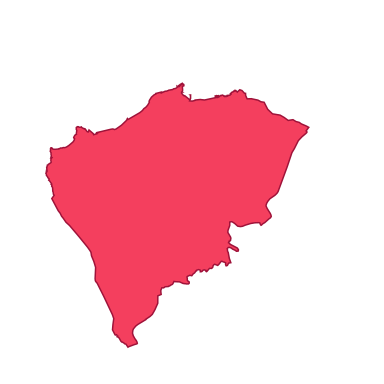 outline of Kota Parepare, Sulawesi Selatan, Indonesia, rotated 63°
{"feature_id": "22746128B37987509465042", "entity_name": "Kota Parepare", "entity_type": "district", "adm_level": 2, "iso_a3": "IDN", "parent_name": "Indonesia", "parent_adm1": "Sulawesi Selatan", "projection": "orthographic", "projection_center": [119.648, -4.02], "detail": "fine", "context": "isolated", "style": "filled", "palette": "rose", "viewbox_px": 384, "rotation_deg": 63, "n_neighbors": 0, "source": "geoboundaries", "source_scale": "gbopen_adm2", "svg_char_len": 5867}
<svg xmlns="http://www.w3.org/2000/svg" viewBox="0 0 384 384"><g transform="rotate(63 192 192)"><path d="M284.6,325.3L284.9,324.0L286.3,323.9L286.7,324.3L286.8,324.0L287.0,324.3L288.2,323.5L289.3,323.2L292.6,323.1L293.8,322.7L294.0,322.3L295.5,321.3L296.7,320.9L297.6,319.9L301.2,319.5L301.1,318.7L301.8,312.6L302.3,310.0L302.0,309.4L300.5,309.1L299.0,309.1L296.7,309.5L293.5,309.6L290.8,309.1L288.4,307.5L287.3,306.2L285.9,302.9L285.4,300.3L284.7,290.9L284.4,290.8L283.8,285.8L283.0,282.9L280.0,278.4L275.6,273.0L269.0,269.6L269.3,266.0L266.6,265.0L265.8,264.5L265.3,264.4L264.6,263.4L263.7,262.5L264.2,261.2L264.4,261.1L264.5,260.1L264.2,259.0L265.5,256.0L265.3,255.4L265.6,254.6L265.3,253.3L265.4,252.1L265.3,251.2L264.3,249.6L263.5,248.7L264.5,247.3L266.4,243.9L269.4,241.5L270.4,240.1L270.7,239.5L271.4,238.7L272.3,236.8L272.0,235.9L271.0,235.4L270.5,235.4L269.1,236.2L268.3,236.2L266.6,235.3L266.0,235.3L265.1,234.7L265.2,231.8L266.5,230.2L265.4,227.9L265.3,226.5L264.2,224.4L264.3,223.9L263.9,223.8L263.8,223.4L264.1,221.4L265.1,220.3L265.5,220.2L266.6,220.7L266.6,220.2L267.2,220.2L267.3,219.0L266.7,217.7L267.0,216.3L267.8,215.7L268.1,215.2L269.1,215.6L269.6,215.2L269.5,214.7L268.0,211.1L269.0,209.2L268.5,207.7L267.2,206.6L266.7,205.5L266.7,204.6L269.1,202.4L268.6,200.8L267.0,197.4L267.7,196.4L268.5,195.9L269.1,195.1L270.4,194.2L272.1,195.1L273.3,195.1L273.5,193.8L272.0,191.7L272.6,189.5L268.1,188.9L262.4,187.2L260.8,187.2L259.5,186.6L258.5,186.4L257.9,184.9L258.4,183.7L259.7,182.5L261.4,181.7L263.4,180.1L265.0,179.3L265.6,177.7L265.0,177.1L264.3,176.8L264.1,177.0L263.4,176.9L262.4,177.1L256.1,181.6L255.6,181.9L254.9,181.8L253.8,182.5L252.7,181.2L253.0,180.9L252.7,179.7L252.3,179.6L251.3,178.6L249.9,178.1L244.2,178.4L242.6,177.4L238.9,173.5L235.9,172.0L236.3,170.4L237.0,169.6L239.5,168.2L243.2,166.8L244.8,164.6L245.5,162.5L245.7,159.7L246.7,154.0L248.0,149.9L249.6,146.5L250.2,145.6L252.0,145.8L253.0,145.6L253.0,145.0L252.5,143.7L252.3,141.0L250.9,135.8L250.6,133.8L249.8,132.5L248.4,132.1L246.6,132.0L241.0,132.5L238.2,132.4L237.4,132.0L235.9,130.5L234.8,128.8L233.4,125.7L232.5,119.3L231.7,116.8L230.7,115.1L212.7,95.7L202.3,85.1L199.8,81.1L194.5,73.9L192.7,68.9L191.6,64.2L191.1,62.7L190.7,62.3L189.4,62.6L187.4,58.6L185.1,60.2L180.9,63.7L178.7,64.8L176.4,67.4L173.4,69.2L171.9,73.8L167.5,76.0L163.5,78.6L158.9,84.8L152.7,87.0L144.8,87.0L142.9,89.6L140.1,91.5L135.8,96.8L134.0,100.6L130.4,100.4L128.4,99.5L127.9,100.4L124.3,101.4L122.6,103.0L123.5,106.3L121.5,106.9L121.6,107.5L121.2,107.6L121.4,107.8L121.0,108.5L121.4,108.8L121.4,109.3L121.2,109.3L121.4,110.7L121.2,111.0L121.8,113.1L122.5,112.8L122.7,113.5L122.9,113.9L122.9,114.6L122.5,114.9L122.5,116.4L122.7,116.6L122.6,117.0L122.3,117.0L122.5,117.2L122.0,117.8L122.3,118.3L121.8,118.5L121.8,118.8L122.0,119.0L121.8,119.5L121.4,119.4L120.8,119.8L120.9,120.1L120.3,120.2L119.3,121.1L119.5,121.9L119.0,122.6L119.5,124.8L119.5,126.1L119.3,126.6L119.0,126.6L119.1,124.6L118.2,124.5L117.5,126.5L117.2,126.5L117.0,127.8L118.7,127.9L115.7,139.1L113.3,142.7L111.5,147.4L111.8,147.5L111.3,150.0L110.8,151.0L110.2,150.8L110.8,151.1L109.7,152.8L108.0,150.8L104.9,149.2L104.8,149.5L105.0,149.4L107.8,150.8L108.9,152.1L103.0,154.7L103.0,155.0L102.6,155.1L102.3,155.7L99.2,156.4L98.9,156.2L99.0,155.9L98.8,156.2L98.3,155.9L98.5,155.4L98.2,155.6L97.9,154.9L97.0,154.1L93.6,152.7L93.3,151.3L94.4,151.1L93.2,151.2L93.7,150.9L93.1,151.0L92.8,150.9L92.8,150.6L92.7,150.6L92.8,150.9L91.9,150.8L91.4,151.2L91.4,152.4L91.0,152.3L90.9,151.3L90.7,151.3L90.8,153.4L91.1,153.3L91.1,152.7L91.5,152.6L91.9,154.8L91.2,154.8L91.1,154.2L91.1,155.8L91.3,155.8L91.2,155.0L91.9,154.9L91.8,155.7L92.1,155.7L91.9,156.1L91.4,156.1L91.4,156.9L91.7,157.0L91.5,157.3L92.5,157.3L91.7,157.5L92.0,157.6L92.0,158.2L91.7,158.4L92.1,158.3L92.3,159.5L91.7,161.6L91.9,162.7L90.7,166.6L90.8,167.1L90.5,169.3L90.0,170.1L89.9,173.0L89.7,173.0L89.8,174.6L89.2,174.7L89.4,174.1L89.0,174.0L87.8,179.5L88.1,179.6L88.3,179.1L88.2,181.6L89.1,185.1L91.0,188.3L91.8,189.1L92.7,189.3L94.5,192.1L95.5,194.6L95.9,197.1L96.9,199.2L97.6,202.4L98.3,215.2L98.3,216.1L97.2,216.2L97.3,216.4L97.6,216.4L98.6,218.3L100.5,224.6L101.4,231.1L101.2,232.6L99.9,233.9L99.3,235.6L96.0,249.2L95.8,250.1L96.1,250.5L96.2,250.3L96.0,250.1L96.0,249.7L96.5,247.7L96.5,248.7L96.2,250.1L96.9,250.2L96.3,253.6L95.1,253.5L90.0,255.6L91.4,257.1L91.2,257.5L90.4,258.1L88.2,258.4L87.4,258.9L87.0,258.7L86.5,259.6L86.2,259.6L85.6,260.3L84.4,261.0L83.8,261.0L83.7,261.7L83.4,262.6L83.0,263.2L82.3,263.5L81.7,264.6L82.0,265.0L82.0,265.8L83.7,266.7L84.8,266.7L87.8,268.8L88.1,268.8L88.1,270.2L88.7,271.2L88.9,271.0L88.7,271.3L89.7,272.7L90.1,272.8L91.1,272.4L92.4,273.5L93.4,275.4L94.6,280.4L94.9,283.1L94.9,284.2L94.6,285.5L93.9,286.6L93.9,287.6L93.1,289.2L93.2,290.5L93.0,290.9L93.2,291.3L92.9,291.6L92.8,292.2L91.8,294.6L90.7,296.5L89.4,296.7L88.8,297.1L88.6,297.7L89.4,298.1L89.3,298.5L90.7,299.1L91.2,299.8L93.3,299.8L94.1,300.4L95.7,300.8L96.9,301.8L97.0,301.3L97.3,301.3L97.6,302.0L97.9,301.4L98.6,302.7L99.9,303.5L101.5,303.9L101.9,304.8L102.0,306.6L102.2,307.1L102.2,307.6L102.6,308.3L102.4,308.7L103.9,309.8L103.9,310.2L104.5,310.5L106.0,311.0L106.3,311.4L106.6,311.4L106.6,311.7L107.2,311.5L107.9,311.9L108.1,312.2L107.9,312.5L107.9,312.8L108.4,312.9L109.0,313.7L110.1,313.7L111.3,314.2L112.5,313.8L113.8,313.9L115.5,313.4L116.0,313.7L116.4,314.3L117.3,313.9L121.0,313.4L121.3,314.0L121.8,313.7L122.5,313.9L123.2,314.4L124.4,314.2L125.2,314.4L128.1,315.7L129.2,315.8L131.1,316.5L132.3,316.3L134.2,319.9L134.4,319.9L147.9,319.7L151.2,319.1L154.2,319.2L157.2,318.6L161.8,318.0L166.3,316.3L180.7,312.9L193.8,310.1L198.0,309.5L199.9,309.4L203.2,310.5L209.4,311.0L215.4,312.1L225.3,317.7L227.2,318.4L228.1,318.4L230.3,317.9L244.8,318.0L265.1,318.6L269.3,319.2L274.2,322.6L278.7,325.4L284.1,325.4L284.6,325.3Z" fill="#f43f5e" stroke="#9f1239" stroke-width="1.5"/></g></svg>